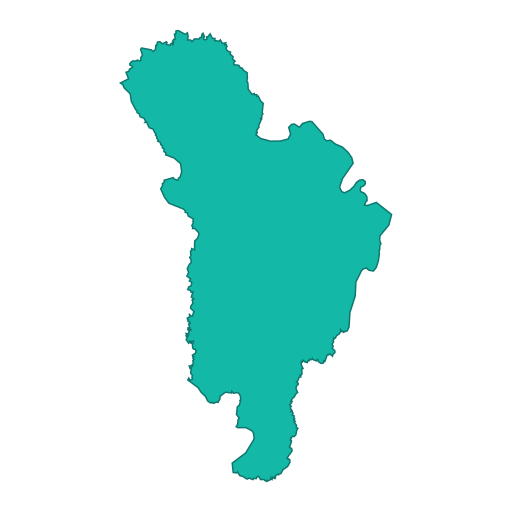 Kham Muang, Kalasin, Thailand
{"feature_id": "78962969B13207688711695", "entity_name": "Kham Muang", "entity_type": "district", "adm_level": 2, "iso_a3": "THA", "parent_name": "Thailand", "parent_adm1": "Kalasin", "projection": "robinson", "projection_center": [103.634, 16.933], "detail": "fine", "context": "isolated", "style": "filled", "palette": "teal", "viewbox_px": 512, "rotation_deg": 0, "n_neighbors": 0, "source": "geoboundaries", "source_scale": "gbopen_adm2", "svg_char_len": 6029}
<svg xmlns="http://www.w3.org/2000/svg" viewBox="0 0 512 512"><path d="M280.4,141.0L270.5,141.2L260.4,138.4L256.0,134.8L256.6,134.1L256.2,133.1L257.3,132.7L256.6,130.3L259.0,127.2L258.7,125.4L260.9,120.5L260.6,118.6L261.6,119.0L261.9,115.3L262.9,113.9L262.2,112.6L263.2,103.3L260.7,101.1L258.3,96.1L256.8,96.4L256.8,94.7L254.7,94.8L254.2,93.5L252.0,94.4L248.2,89.1L247.9,83.2L246.8,80.3L247.4,78.5L247.1,72.6L243.7,70.6L242.1,68.1L240.0,67.6L238.8,65.3L234.0,64.7L233.7,62.6L235.1,61.1L232.5,59.2L233.1,56.7L230.1,54.1L230.5,52.1L227.6,51.0L226.6,49.7L225.9,47.7L227.1,46.5L226.2,44.6L224.9,45.0L225.8,42.8L222.4,43.4L220.3,39.9L219.0,41.2L214.7,40.6L215.0,38.5L212.4,38.3L210.1,33.8L208.1,36.5L206.6,37.0L207.3,39.4L206.7,38.7L205.6,39.8L203.7,39.5L203.7,37.2L204.5,36.8L203.0,33.2L202.0,34.3L201.4,37.6L200.2,37.5L198.7,39.0L194.5,38.9L192.0,41.6L190.6,40.0L187.5,39.9L188.1,36.3L187.4,32.8L185.3,34.4L178.6,30.7L177.1,30.7L175.9,31.1L176.0,33.4L174.4,34.2L175.2,38.3L174.9,39.5L173.8,39.3L172.6,41.2L173.6,41.9L172.9,45.4L172.2,43.0L170.6,43.9L170.2,45.3L166.3,44.4L167.0,42.3L166.3,41.8L162.4,43.8L159.9,41.7L157.4,42.1L156.9,44.9L155.8,45.3L155.5,49.5L153.0,51.5L151.5,49.9L141.6,48.0L140.6,49.4L142.5,55.0L140.8,57.8L140.8,60.5L139.8,61.1L137.5,60.1L135.6,61.1L133.0,60.9L130.9,62.2L129.8,63.6L129.9,65.1L132.6,66.3L132.6,67.3L129.5,69.1L128.9,71.3L126.0,72.3L128.6,78.8L120.4,83.0L123.0,84.8L124.1,87.8L130.2,93.8L131.3,101.3L135.8,109.9L136.7,110.4L137.1,112.7L139.0,113.6L140.2,116.8L144.0,118.3L145.7,121.3L145.0,122.4L146.6,122.0L149.2,127.7L153.2,129.2L154.8,132.8L156.1,133.8L155.5,135.2L156.9,136.6L156.7,137.9L158.3,140.3L157.8,141.3L160.2,142.2L160.8,144.7L162.3,145.7L162.3,147.7L164.1,149.1L163.9,151.6L166.0,152.8L165.7,154.9L174.1,158.0L180.6,163.7L181.7,171.8L180.1,177.0L178.7,178.0L177.8,180.2L174.3,179.2L173.2,177.6L164.1,180.3L164.4,182.0L162.3,183.8L162.6,185.9L160.7,188.8L164.5,197.2L168.9,203.2L183.1,208.9L185.1,210.4L185.2,212.3L187.5,213.1L188.3,216.1L193.3,218.9L192.9,221.6L193.4,222.7L191.8,225.7L192.7,226.8L192.6,228.6L194.7,228.4L198.7,232.8L198.9,234.6L197.5,238.3L194.7,241.0L194.5,249.8L191.7,248.6L191.5,250.3L190.5,251.2L190.9,255.6L189.7,257.6L191.1,259.6L191.0,263.0L189.4,264.2L187.3,268.6L188.6,272.4L186.9,276.2L190.6,278.8L189.3,280.9L191.7,282.2L191.2,285.8L188.9,286.7L187.7,289.5L190.4,290.5L191.1,292.2L193.0,291.9L191.3,297.0L193.9,299.0L192.1,299.9L193.0,303.1L190.8,306.1L190.6,308.3L194.2,311.7L193.0,313.7L192.8,316.0L191.4,316.2L189.5,314.5L189.4,317.3L187.3,318.0L187.7,320.0L188.6,320.3L188.1,321.6L189.7,322.2L190.3,323.4L188.6,324.0L189.8,327.8L188.0,327.8L187.8,329.6L188.4,330.3L190.0,329.1L191.1,329.8L189.0,331.3L188.6,333.6L186.1,333.5L186.7,334.6L186.0,335.7L186.4,336.6L188.2,335.7L186.2,339.7L188.6,343.1L190.0,341.0L190.7,342.1L190.4,342.9L191.3,343.2L191.8,341.2L193.7,341.2L192.4,344.7L192.8,348.3L194.1,349.4L195.1,349.1L196.0,350.4L195.5,353.2L192.4,355.1L192.8,356.6L193.8,356.6L192.9,358.1L194.0,359.5L192.9,360.4L193.3,364.0L192.1,364.7L192.6,366.2L191.5,367.0L190.8,365.8L189.2,366.0L190.1,368.6L191.3,368.8L190.6,373.0L192.5,375.7L191.9,377.2L192.6,379.0L189.9,380.3L188.8,378.1L187.8,380.0L198.1,387.6L201.2,392.4L205.6,396.6L207.7,401.0L210.4,402.9L212.5,402.4L212.9,403.2L214.1,403.2L216.0,402.1L218.0,402.4L220.1,398.5L219.8,397.2L220.5,396.0L225.4,392.2L231.6,393.0L231.8,391.3L233.6,393.2L237.1,392.6L238.8,393.2L240.5,396.3L240.6,400.2L239.9,400.5L240.3,402.1L239.2,405.2L237.3,406.9L236.5,414.5L239.2,418.1L238.0,419.8L237.7,424.1L236.2,426.7L237.9,427.7L245.7,427.6L251.8,430.7L253.3,432.7L254.2,437.8L253.6,439.9L245.7,452.9L232.2,463.1L233.2,472.5L236.7,472.9L237.5,471.8L239.7,475.6L242.8,476.4L247.0,479.1L249.1,478.1L253.0,479.6L253.7,478.3L256.1,478.7L257.6,476.3L258.7,476.5L260.6,479.6L264.1,479.5L265.2,480.9L267.0,480.4L267.0,481.3L271.0,479.4L271.0,477.7L272.1,479.3L272.7,477.4L274.5,478.4L274.4,477.1L275.4,477.7L275.3,476.4L277.1,474.3L278.6,474.8L278.7,474.0L280.9,473.6L283.0,469.6L287.6,466.5L289.9,462.3L289.8,459.8L288.2,458.8L287.8,459.5L287.9,458.5L287.0,458.0L292.1,450.9L291.6,448.5L289.5,447.4L291.4,441.7L291.4,440.6L290.3,440.0L291.3,438.3L290.8,437.8L292.5,436.4L294.2,436.6L295.9,434.7L296.7,430.3L297.9,428.3L296.2,427.3L296.5,425.3L294.1,421.9L295.2,421.3L294.0,420.2L294.6,419.1L293.6,419.1L294.3,416.0L292.4,415.1L293.0,413.4L292.0,410.7L291.0,411.3L291.4,409.7L290.6,408.7L290.5,406.5L291.2,406.2L289.6,404.6L291.7,402.8L290.9,401.6L292.0,401.2L291.3,400.5L292.5,398.3L294.0,397.3L296.2,393.4L297.6,392.6L296.0,388.6L296.4,386.1L298.3,384.3L298.2,383.2L296.4,382.0L298.0,380.5L299.1,377.2L300.8,376.9L299.9,375.2L301.1,375.2L302.0,374.0L301.7,368.9L303.0,368.5L301.2,364.6L301.3,361.5L302.4,362.0L303.0,360.2L304.9,361.9L307.2,362.6L307.6,361.2L309.3,360.7L309.3,359.4L311.3,359.7L312.3,358.5L312.6,359.4L316.2,360.9L317.6,359.5L318.3,361.6L321.0,363.3L322.8,363.3L323.5,362.9L323.7,361.4L324.4,361.5L324.2,360.7L325.1,360.9L327.3,354.7L328.6,355.0L329.7,353.7L332.5,356.2L332.9,354.6L335.0,352.4L334.8,350.7L332.2,348.2L333.2,346.3L332.0,344.2L333.6,341.8L333.0,340.5L334.0,339.3L333.6,338.0L335.4,338.1L336.5,335.7L339.3,333.9L340.6,331.6L340.6,329.7L341.9,331.6L343.7,331.3L343.6,332.2L347.2,330.8L349.0,327.2L349.9,312.6L355.2,296.0L355.9,281.9L361.5,270.7L363.1,269.0L366.1,268.0L369.1,270.3L373.5,271.0L376.3,267.4L378.4,260.7L379.4,253.5L379.0,251.0L379.7,249.9L379.8,245.8L380.9,243.8L379.6,240.2L380.0,235.7L388.9,225.0L391.6,214.5L376.3,202.4L367.6,205.5L364.6,205.2L365.4,202.5L367.1,200.6L366.8,196.5L364.6,193.4L360.8,191.6L360.2,190.2L360.7,187.3L364.0,185.6L365.3,183.8L365.2,181.5L363.0,179.8L359.9,180.0L356.6,182.2L354.0,186.3L349.8,190.3L344.5,192.8L341.7,191.6L339.6,187.4L340.3,184.9L342.6,178.4L353.1,163.3L351.8,157.8L348.3,152.6L342.3,147.0L335.4,144.1L330.5,140.2L326.7,140.8L324.5,139.2L322.9,134.1L311.9,121.6L309.6,121.3L302.5,123.5L299.4,127.3L294.3,124.0L291.6,124.4L288.7,127.4L290.6,134.1L288.1,139.0L280.4,141.0Z" fill="#14b8a6" stroke="#0f766e" stroke-width="1.5"/></svg>